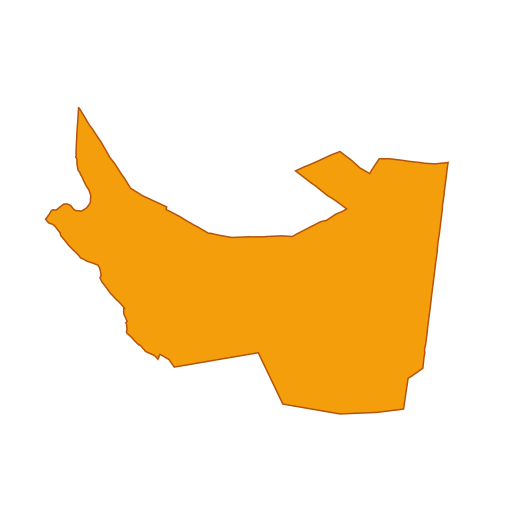 San Miguel Ejutla, Oaxaca, Mexico (Albers equal-area conic projection), rotated 82°
{"feature_id": "50627088B91603185074528", "entity_name": "San Miguel Ejutla", "entity_type": "district", "adm_level": 2, "iso_a3": "MEX", "parent_name": "Mexico", "parent_adm1": "Oaxaca", "projection": "albers", "projection_center": [-96.744, 16.594], "detail": "fine", "context": "isolated", "style": "filled", "palette": "amber", "viewbox_px": 512, "rotation_deg": 82, "n_neighbors": 0, "source": "geoboundaries", "source_scale": "gbopen_adm2", "svg_char_len": 3729}
<svg xmlns="http://www.w3.org/2000/svg" viewBox="0 0 512 512"><g transform="rotate(82 256 256)"><path d="M213.4,443.5L213.8,443.3L215.6,442.2L219.1,440.2L220.0,439.6L221.1,438.8L226.2,434.9L229.0,432.7L231.1,431.2L233.1,430.2L233.5,429.9L234.6,428.1L236.1,426.0L237.4,424.5L240.2,418.8L242.3,415.1L243.1,413.8L245.1,412.8L248.0,412.3L252.1,412.0L254.8,412.4L255.7,413.5L257.4,413.1L258.3,412.8L259.8,412.3L260.8,411.9L265.4,409.2L266.5,408.5L268.6,407.5L272.2,405.6L272.9,405.2L276.9,402.3L279.3,400.7L280.7,399.6L280.9,399.3L281.1,399.2L281.6,398.6L289.4,393.4L289.6,394.3L291.8,394.7L294.4,394.9L295.9,394.8L297.4,394.2L298.9,393.8L302.8,392.7L304.0,394.2L304.4,393.9L307.5,393.8L309.9,393.9L310.8,394.0L312.6,394.7L313.1,394.8L314.3,394.7L319.2,390.6L322.7,388.3L325.1,386.5L326.7,385.2L327.7,384.5L327.5,384.2L327.9,383.6L329.7,382.0L331.7,381.0L332.9,379.9L334.6,379.1L335.9,377.6L336.6,376.5L337.7,374.6L340.6,370.2L344.6,367.5L340.0,364.8L346.4,356.6L354.6,352.4L352.1,267.2L406.4,250.0L424.1,194.8L427.7,158.1L428.1,131.2L398.3,122.4L396.8,119.0L390.4,106.4L379.2,103.6L375.9,102.4L371.8,102.1L366.8,100.2L353.2,96.5L352.6,96.5L343.3,94.0L329.7,90.2L316.5,86.8L307.2,84.2L286.1,78.6L276.9,75.9L273.6,75.3L266.7,73.6L259.7,71.4L259.3,71.3L234.2,64.6L233.8,64.6L232.5,64.5L225.6,62.4L220.7,61.0L219.7,61.0L214.6,59.5L212.5,58.9L211.4,58.6L197.9,55.0L190.5,52.9L190.2,52.7L190.0,57.9L189.8,62.0L189.7,66.0L188.1,73.7L187.6,76.2L186.7,79.2L186.4,80.1L183.6,91.1L181.5,98.2L178.2,110.6L176.9,120.5L186.7,129.2L187.5,129.9L190.3,131.9L189.6,132.6L186.6,136.5L183.2,140.9L175.1,147.6L173.3,149.3L169.6,153.1L164.2,158.3L166.4,167.6L166.5,167.9L168.4,174.3L169.7,178.3L173.5,191.7L174.1,194.7L174.2,195.0L175.7,200.0L176.5,202.7L176.7,203.1L177.2,205.0L190.7,191.8L190.9,191.4L191.2,191.3L191.5,191.0L193.9,188.3L205.9,177.0L210.8,171.1L216.4,165.2L221.5,160.2L222.0,159.7L222.5,161.0L222.7,161.5L223.7,163.7L225.7,171.2L230.6,181.4L230.8,185.4L231.2,187.8L240.2,213.5L241.8,217.1L239.6,227.8L239.2,232.1L238.1,243.9L238.3,244.3L238.1,245.6L237.5,249.6L237.3,251.6L236.9,254.0L236.8,255.7L236.1,259.5L234.3,277.2L234.0,278.3L230.4,289.4L228.2,295.2L227.2,297.7L226.9,299.9L222.9,304.9L219.0,309.8L217.5,312.1L215.7,314.4L214.1,316.3L211.5,319.9L206.6,325.6L199.6,335.4L197.5,338.6L195.0,337.6L180.4,360.1L171.6,370.6L171.0,371.0L159.9,375.8L156.6,377.7L145.7,382.6L144.9,383.0L137.6,387.3L133.9,388.6L120.7,393.9L119.7,394.5L111.0,398.7L108.9,399.6L106.1,401.0L104.3,402.2L99.6,404.3L96.5,405.5L85.8,410.1L84.9,410.7L83.9,411.1L85.1,411.2L99.1,414.0L99.9,414.3L111.0,416.6L112.2,416.7L114.6,417.2L116.9,417.7L130.1,420.1L131.6,420.0L132.6,420.7L133.0,420.8L133.5,420.5L133.6,420.4L135.3,419.9L139.4,420.4L143.0,420.4L145.5,420.3L147.0,419.9L148.6,418.9L151.0,418.4L153.2,417.4L157.1,416.3L162.6,414.5L167.4,412.3L171.6,411.4L174.0,411.3L176.8,412.1L179.2,412.4L180.9,413.3L183.5,415.7L185.1,417.5L186.1,420.0L187.1,422.0L187.2,422.9L186.1,427.3L186.1,427.6L185.5,428.8L184.5,429.9L183.2,430.8L182.1,431.4L181.1,431.9L180.8,432.1L180.1,432.8L179.1,434.1L178.2,435.7L178.0,436.4L178.1,437.5L177.8,438.3L177.8,438.8L177.9,439.1L178.0,439.4L178.5,440.2L179.7,442.4L180.5,444.0L181.5,445.5L181.9,446.2L182.2,446.7L182.5,447.2L182.6,448.0L182.6,448.5L182.5,449.0L182.2,449.9L182.1,450.4L182.0,450.5L182.1,451.1L182.1,451.4L182.4,451.9L182.7,452.4L183.3,453.0L184.6,453.9L185.9,454.9L188.0,457.0L189.5,458.5L190.2,459.3L190.6,459.0L191.8,458.4L193.1,457.6L194.2,456.8L195.0,456.0L195.2,455.1L195.4,454.6L196.0,453.6L196.8,452.5L197.5,451.8L199.1,450.6L200.6,449.8L202.1,448.9L204.4,447.6L205.9,446.7L207.1,446.7L208.2,446.6L209.3,446.1L210.7,445.2L212.1,444.4L213.4,443.5Z" fill="#f59e0b" stroke="#b45309" stroke-width="1.5"/></g></svg>